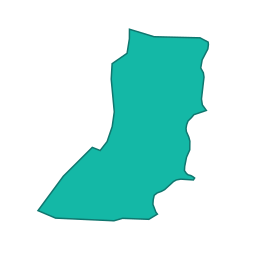 outline of Sangre Grande, rotated 190°
{"feature_id": "TTO-54", "entity_name": "Sangre Grande", "entity_type": "Region", "adm_level": 1, "iso_a3": "TTO", "parent_name": "Trinidad and Tobago", "parent_adm1": "", "projection": "natural_earth1", "projection_center": [-61.154, 10.651], "detail": "fine", "context": "isolated", "style": "filled", "palette": "teal", "viewbox_px": 256, "rotation_deg": 190, "n_neighbors": 0, "source": "natural_earth", "source_scale": "10m", "svg_char_len": 800}
<svg xmlns="http://www.w3.org/2000/svg" viewBox="0 0 256 256"><g transform="rotate(190 128 128)"><path d="M84.1,48.3L91.6,41.7L117.7,38.1L125.7,34.2L183.7,26.7L202.3,31.0L183.3,69.3L159.8,102.7L151.5,101.0L146.2,111.0L143.8,126.5L144.3,141.5L153.0,173.2L154.8,188.6L141.9,201.4L142.1,216.0L143.7,225.5L118.2,222.4L72.7,229.3L64.0,226.5L63.3,224.2L63.1,219.7L66.8,208.0L66.8,199.7L63.4,195.5L62.0,191.3L60.7,169.3L58.8,163.7L53.9,158.9L65.4,152.6L67.3,149.3L70.1,145.3L70.8,141.5L70.8,137.8L69.9,134.6L66.5,129.5L64.8,125.8L63.4,117.2L65.3,109.4L65.5,100.1L65.0,95.8L62.6,93.4L60.7,92.3L57.9,92.1L55.6,91.3L53.7,90.3L54.6,88.2L67.2,86.8L71.3,85.3L73.9,83.2L81.2,73.7L84.1,71.4L87.9,69.2L90.5,66.3L90.7,61.7L90.2,57.1L85.9,49.9L84.1,48.3Z" fill="#14b8a6" stroke="#0f766e" stroke-width="1.5"/></g></svg>